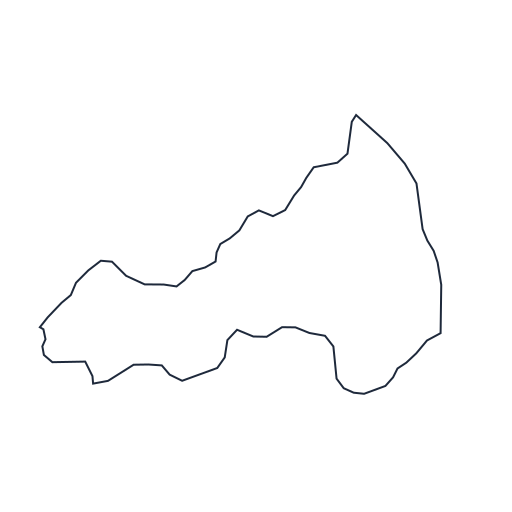 the County of Taoyuan, rotated 102°
{"feature_id": "TWN-1168", "entity_name": "Taoyuan", "entity_type": "County", "adm_level": 1, "iso_a3": "TWN", "parent_name": "Taiwan", "parent_adm1": "", "projection": "natural_earth1", "projection_center": [121.286, 24.86], "detail": "fine", "context": "isolated", "style": "outline", "palette": "slate", "viewbox_px": 512, "rotation_deg": 102, "n_neighbors": 0, "source": "natural_earth", "source_scale": "10m", "svg_char_len": 1077}
<svg xmlns="http://www.w3.org/2000/svg" viewBox="0 0 512 512"><g transform="rotate(102 256 256)"><path d="M97.3,187.4L118.3,151.0L134.7,129.7L151.7,114.1L195.1,98.6L205.3,91.6L214.0,83.3L224.6,77.0L245.7,68.8L293.1,59.4L303.1,71.2L317.9,79.0L329.1,86.8L336.6,94.2L346.2,96.7L356.2,102.4L368.3,121.6L369.4,132.0L367.1,142.7L359.2,151.7L328.4,161.5L319.7,171.9L320.2,187.8L317.6,202.6L320.2,215.7L332.8,228.8L335.3,241.9L332.1,259.2L344.2,266.5L361.7,265.5L373.6,270.6L393.4,302.3L390.0,315.8L382.6,325.4L384.5,338.7L387.8,353.1L408.9,374.8L414.7,388.8L407.5,391.0L394.8,401.1L402.2,433.1L396.9,442.9L388.8,446.2L381.2,444.6L371.9,448.7L370.6,452.6L359.3,447.0L342.1,436.4L332.7,429.0L319.6,426.5L304.9,417.0L292.9,406.8L291.5,395.7L302.4,378.9L306.9,359.0L303.1,340.4L302.3,327.4L294.2,320.7L284.0,315.1L277.8,303.4L269.8,294.4L260.7,295.3L251.7,293.4L244.3,285.4L234.4,277.6L219.0,272.3L210.8,262.7L213.5,247.7L205.0,237.0L188.9,231.3L179.2,226.2L169.0,223.0L157.2,218.0L147.8,195.8L136.9,187.8L104.8,190.2L97.3,187.4Z" fill="none" stroke="#1e293b" stroke-width="2"/></g></svg>